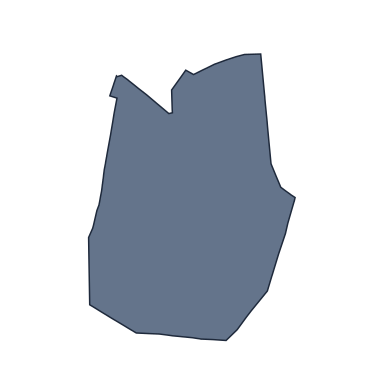 outline of Santa Ana Zegache, Oaxaca, Mexico, rotated 13°
{"feature_id": "50627088B25823982981856", "entity_name": "Santa Ana Zegache", "entity_type": "district", "adm_level": 2, "iso_a3": "MEX", "parent_name": "Mexico", "parent_adm1": "Oaxaca", "projection": "equal_earth", "projection_center": [-96.738, 16.839], "detail": "fine", "context": "isolated", "style": "filled", "palette": "slate", "viewbox_px": 384, "rotation_deg": 13, "n_neighbors": 0, "source": "geoboundaries", "source_scale": "gbopen_adm2", "svg_char_len": 2020}
<svg xmlns="http://www.w3.org/2000/svg" viewBox="0 0 384 384"><g transform="rotate(13 192 192)"><path d="M92.3,95.9L91.8,101.2L91.5,104.0L91.4,105.7L91.2,107.6L91.1,108.8L90.5,114.4L90.3,116.8L97.8,117.4L98.3,130.1L98.3,130.5L98.5,134.3L99.0,141.5L99.5,150.1L99.8,154.7L100.5,169.9L100.8,175.9L100.9,176.7L100.9,177.9L101.0,179.2L101.0,180.1L101.1,181.3L101.1,182.1L101.2,183.0L101.3,184.2L101.3,185.5L101.4,186.5L101.4,187.3L101.4,188.0L101.5,189.6L101.5,190.1L101.6,190.9L101.9,193.8L102.0,195.0L102.1,195.8L102.3,197.3L102.4,198.4L102.5,199.1L102.5,199.9L102.7,201.2L102.8,202.7L103.0,204.3L103.0,205.0L103.1,205.7L103.3,207.5L103.5,209.5L103.7,211.8L103.9,217.3L104.1,220.7L104.3,225.6L103.8,229.2L103.5,231.6L103.5,232.4L103.5,233.9L103.5,246.7L103.4,249.2L103.4,249.6L101.5,259.6L103.0,265.7L117.7,324.9L120.2,325.7L125.0,327.3L130.5,329.2L141.6,332.9L143.1,333.4L145.3,334.1L155.3,337.3L160.4,339.0L169.4,341.9L181.0,339.8L182.1,339.6L191.7,337.8L193.2,337.6L194.5,337.5L200.4,336.9L203.9,336.6L205.3,336.5L209.7,335.9L213.5,335.4L214.4,335.3L215.2,335.2L218.8,334.7L222.0,334.3L225.8,333.8L226.2,333.8L230.4,333.5L231.3,333.4L232.5,333.3L233.5,333.3L234.4,333.2L234.7,333.1L245.5,331.1L258.6,329.0L267.0,316.0L273.2,301.5L276.5,294.3L287.7,271.5L288.2,263.6L288.6,257.6L288.7,255.8L288.8,255.1L290.3,233.2L292.4,211.5L292.4,211.0L292.4,200.8L293.1,187.8L293.6,178.7L293.7,177.9L293.7,174.2L288.8,172.4L288.5,172.2L283.7,170.2L277.6,167.5L277.4,167.4L275.2,164.3L270.2,157.4L263.4,147.8L262.6,146.6L261.1,142.1L257.4,131.0L255.4,125.0L250.9,111.4L249.3,106.4L248.2,103.1L247.1,99.9L246.2,97.2L243.5,89.2L242.1,85.0L241.4,82.6L240.5,80.0L227.9,42.1L212.2,46.2L204.6,50.2L196.0,55.4L185.1,62.5L181.6,65.4L175.1,70.6L167.1,77.2L158.5,74.7L155.7,81.6L155.2,82.8L149.2,97.2L154.2,116.2L155.1,119.2L151.8,120.8L137.7,113.6L132.3,110.8L125.9,107.5L116.6,103.2L111.1,100.5L109.2,99.6L105.4,97.8L104.9,97.5L103.2,96.7L99.1,95.0L97.2,94.1L93.2,96.4L92.3,95.9Z" fill="#64748b" stroke="#1e293b" stroke-width="1.5"/></g></svg>